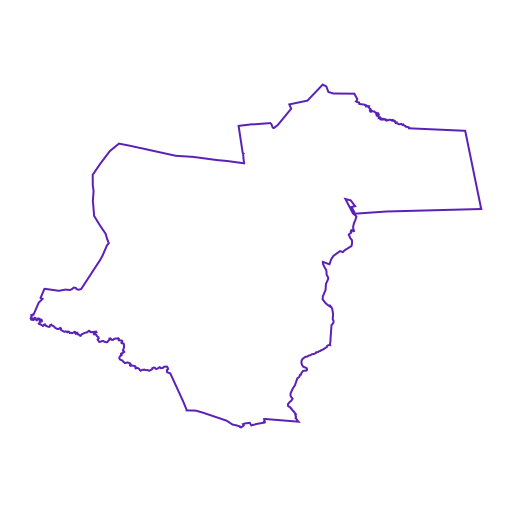 outline of Ziemera pag., Aluksne, Latvia
{"feature_id": "27541924B47262508870968", "entity_name": "Ziemera pag.", "entity_type": "district", "adm_level": 2, "iso_a3": "LVA", "parent_name": "Latvia", "parent_adm1": "Aluksne", "projection": "robinson", "projection_center": [27.036, 57.508], "detail": "fine", "context": "isolated", "style": "outline", "palette": "violet", "viewbox_px": 512, "rotation_deg": 0, "n_neighbors": 0, "source": "geoboundaries", "source_scale": "gbopen_adm2", "svg_char_len": 5972}
<svg xmlns="http://www.w3.org/2000/svg" viewBox="0 0 512 512"><path d="M109.9,151.0L100.5,163.4L92.7,174.8L92.8,185.5L93.6,191.0L92.8,201.4L93.1,203.0L94.1,215.9L99.5,224.7L105.7,233.9L107.2,239.4L107.7,240.1L107.8,240.7L108.8,243.1L106.9,245.5L102.6,255.5L100.3,259.7L81.2,289.0L78.9,289.7L77.4,289.5L76.3,288.8L76.0,288.1L74.9,287.7L73.6,287.7L71.8,289.2L70.0,290.0L65.3,289.6L58.8,290.8L45.5,288.9L44.4,288.9L40.6,297.9L42.5,298.9L38.7,302.7L33.5,314.7L33.0,314.9L32.6,314.5L31.3,315.1L31.7,315.8L31.3,316.4L31.7,317.0L31.2,317.4L31.4,317.9L30.7,318.4L30.8,318.6L31.4,318.8L31.1,319.4L31.3,319.7L33.6,320.0L33.9,319.6L33.5,318.7L34.9,317.7L35.3,317.9L35.0,318.5L35.5,319.1L36.6,320.3L36.9,320.3L38.1,319.5L37.5,318.9L37.6,318.7L38.2,318.4L39.3,318.7L39.2,319.1L39.8,319.7L41.5,319.7L41.9,320.4L41.9,321.0L41.7,321.5L39.8,321.5L39.7,322.6L38.8,323.7L39.4,324.2L40.7,324.4L42.9,326.0L43.6,325.6L44.2,324.5L44.7,324.4L45.1,324.4L45.7,325.5L46.2,325.9L48.6,326.9L49.5,326.9L50.2,325.1L51.3,324.7L51.4,325.3L53.6,326.1L55.1,327.8L57.4,329.0L58.5,329.0L60.2,327.9L61.0,328.5L60.8,329.7L61.2,330.1L64.3,331.8L65.9,331.4L67.3,332.2L67.5,331.7L68.0,331.5L69.1,331.8L69.7,333.0L71.3,332.8L72.0,333.2L73.8,332.4L74.3,331.9L75.1,331.9L75.9,332.6L75.4,333.4L75.7,333.7L76.2,333.1L77.4,332.8L77.5,333.2L77.3,334.0L77.6,334.4L79.2,334.7L80.3,335.9L80.7,335.8L81.0,335.0L82.1,334.1L85.2,332.7L86.8,332.5L88.9,330.8L89.7,331.1L90.3,332.1L90.6,332.2L96.1,331.6L96.4,332.0L94.9,332.6L93.7,333.9L94.1,334.4L96.0,334.4L96.4,334.8L96.8,336.0L98.5,337.3L98.7,338.5L97.6,339.4L99.2,341.9L100.5,341.8L101.6,341.2L103.0,340.9L104.6,341.8L106.8,342.3L107.4,342.1L108.0,341.1L109.0,340.2L109.5,338.5L110.3,338.4L111.0,338.9L111.2,339.6L111.9,339.9L113.2,339.8L113.7,339.2L114.8,338.7L118.4,338.3L118.9,338.9L118.5,340.0L118.7,340.3L121.6,340.5L122.3,341.1L122.2,341.9L121.4,342.8L121.6,343.1L123.7,343.7L124.0,345.1L123.9,345.8L124.2,347.0L122.9,350.4L123.0,350.8L124.1,351.4L124.3,351.9L123.5,352.6L121.1,353.6L120.9,353.8L121.0,354.5L121.7,355.0L119.7,356.6L119.3,358.3L119.4,358.7L120.3,359.7L122.3,360.5L123.7,362.2L124.4,362.5L124.8,363.0L125.9,363.0L127.5,362.4L130.1,363.4L130.8,364.4L130.7,364.7L129.9,365.1L129.9,365.4L130.6,365.8L133.1,365.6L135.2,366.3L135.9,367.3L135.4,367.8L135.6,368.4L137.3,368.0L138.1,368.2L139.4,369.2L139.9,370.2L140.5,370.7L142.7,369.7L143.7,369.9L144.2,369.6L145.9,370.1L147.8,370.1L149.3,370.8L151.9,369.4L152.2,369.2L152.2,368.3L153.3,367.7L154.8,367.7L155.6,368.8L156.5,368.9L158.1,368.3L159.4,367.2L160.1,367.4L160.6,368.1L162.0,368.1L163.3,367.7L164.0,366.7L167.0,366.6L167.8,367.9L168.1,369.1L166.9,370.0L167.2,372.3L170.3,373.4L183.2,401.5L186.6,409.8L186.6,410.4L195.6,410.6L202.4,412.5L226.7,420.7L232.6,424.6L235.0,425.0L239.8,426.4L239.9,427.0L241.0,427.4L243.7,425.6L243.0,424.1L244.9,423.5L249.8,422.8L251.3,425.4L256.9,423.9L264.4,422.6L264.1,421.7L264.8,421.6L264.1,419.1L265.3,419.0L298.5,421.7L297.3,420.3L296.7,419.2L295.6,418.2L295.7,417.0L296.0,416.9L296.0,416.5L295.4,415.0L295.9,414.2L295.0,413.6L295.0,413.1L294.3,412.5L293.9,411.5L292.6,410.6L292.1,409.5L290.7,408.3L290.5,408.0L290.6,407.5L288.3,406.3L287.9,405.3L287.9,404.7L288.0,404.1L289.7,402.0L291.3,400.7L292.6,398.8L291.2,397.0L290.5,395.5L290.5,393.9L290.8,392.9L292.5,389.1L295.0,385.1L297.3,378.4L299.4,376.8L299.8,375.1L300.1,374.7L301.0,374.6L301.5,372.9L302.9,371.1L303.7,370.7L306.2,370.7L307.0,369.9L306.9,368.7L306.6,368.1L303.1,366.6L302.2,365.2L301.4,363.0L301.6,360.6L302.4,359.1L304.8,357.2L305.8,356.7L307.1,356.7L308.6,355.6L310.0,355.4L311.6,354.4L314.4,353.8L315.8,353.0L316.1,352.3L317.9,352.1L318.6,351.5L320.8,350.7L321.0,350.3L323.1,349.5L326.9,346.9L327.2,345.9L327.9,345.4L329.7,344.9L330.1,345.0L330.0,344.5L330.6,339.4L330.5,338.9L331.5,325.1L332.9,323.6L333.5,322.3L333.5,320.6L332.7,319.2L333.1,314.1L332.3,309.3L331.6,307.5L330.2,305.9L330.0,306.5L327.1,304.5L325.1,302.6L322.6,299.3L322.9,296.3L325.6,289.8L325.9,284.0L328.1,279.2L328.2,278.4L328.0,277.2L326.6,274.7L326.5,271.9L326.2,270.0L324.5,267.2L323.0,263.9L322.9,261.9L329.5,264.3L331.1,259.4L333.5,255.8L340.0,251.1L342.8,252.1L344.7,250.2L351.5,246.0L352.1,242.9L351.9,240.1L349.9,237.6L349.6,236.2L348.7,234.9L349.3,234.0L351.2,232.7L351.2,232.0L350.8,231.5L351.0,230.6L351.3,230.2L352.1,230.2L353.4,231.2L354.0,231.0L353.3,228.8L353.1,226.9L354.1,222.6L355.0,221.1L356.4,216.6L355.8,215.8L353.0,213.5L345.4,199.0L350.8,200.4L355.1,206.2L351.5,207.0L354.0,211.5L355.0,213.7L386.5,211.5L481.3,209.0L481.1,208.2L480.5,208.2L480.9,207.5L465.2,130.8L409.0,128.3L409.1,127.6L408.8,127.3L405.6,126.6L405.3,125.9L404.0,125.4L403.3,124.5L402.4,124.9L401.5,123.9L398.8,124.3L397.5,123.4L395.7,123.1L395.6,122.9L396.0,122.3L395.5,122.3L394.6,121.6L394.8,121.1L393.9,120.7L393.5,120.2L392.4,120.8L392.1,120.7L392.0,120.0L391.0,120.2L390.5,119.8L389.4,119.8L386.8,120.6L386.6,120.4L386.8,120.0L386.2,119.6L385.5,120.0L385.3,119.5L385.0,119.7L383.9,118.9L383.4,119.5L382.5,119.0L381.9,119.7L381.2,119.7L380.9,119.3L381.8,119.2L381.9,118.9L380.9,118.2L380.7,118.8L380.2,118.9L380.0,117.5L378.7,118.0L378.6,117.0L378.8,116.7L378.6,115.9L378.1,116.2L376.7,115.6L376.4,114.5L377.0,114.9L378.7,114.4L378.2,113.3L377.8,113.1L376.6,113.3L376.2,112.7L375.3,112.5L375.0,112.2L374.2,111.5L372.0,111.1L371.5,111.3L371.4,111.7L370.4,111.7L369.8,110.4L370.0,110.1L370.8,110.4L371.0,110.0L370.8,109.3L369.2,108.0L368.9,107.4L369.0,106.9L367.9,106.6L368.3,106.2L366.7,106.1L366.0,106.4L365.9,106.2L366.5,105.6L365.9,105.1L365.0,105.1L364.3,104.6L359.4,104.0L359.1,102.5L357.1,102.1L356.0,101.4L356.6,100.9L357.3,99.1L354.3,93.7L333.4,93.5L328.4,92.0L326.3,86.4L322.7,84.6L307.5,100.6L289.3,104.4L291.2,108.7L277.8,125.0L274.0,128.0L273.0,127.8L272.5,127.0L271.2,123.8L270.1,123.1L253.4,124.4L252.6,124.2L238.6,125.9L242.7,153.0L243.3,153.5L243.1,153.6L243.5,158.6L244.1,163.3L227.1,161.0L217.2,160.1L193.3,156.9L175.9,155.8L130.1,145.8L119.0,143.6L109.9,151.0Z" fill="none" stroke="#5b21b6" stroke-width="2"/></svg>